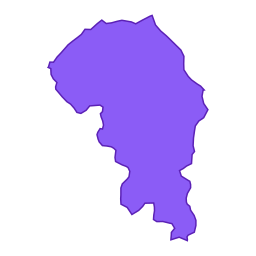 Anafotida, Larnaca, Cyprus (Robinson projection)
{"feature_id": "46923920B49620686054742", "entity_name": "Anafotida", "entity_type": "district", "adm_level": 2, "iso_a3": "CYP", "parent_name": "Cyprus", "parent_adm1": "Larnaca", "projection": "robinson", "projection_center": [33.461, 34.81], "detail": "fine", "context": "isolated", "style": "filled", "palette": "violet", "viewbox_px": 256, "rotation_deg": 0, "n_neighbors": 0, "source": "geoboundaries", "source_scale": "gbopen_adm2", "svg_char_len": 1744}
<svg xmlns="http://www.w3.org/2000/svg" viewBox="0 0 256 256"><path d="M204.2,90.0L200.6,86.1L197.2,84.0L191.5,79.9L188.2,76.4L183.9,69.8L183.7,63.7L183.9,56.3L180.9,50.1L175.6,44.9L168.3,37.7L166.2,35.7L160.7,31.0L155.5,25.0L152.1,15.4L150.0,16.2L143.0,19.8L135.7,23.8L131.3,21.9L121.9,20.3L117.2,21.3L111.3,22.9L106.2,23.5L101.8,20.1L97.3,23.6L90.8,29.5L85.0,29.3L81.4,34.4L77.5,37.5L73.1,40.8L68.2,44.7L61.1,52.8L57.2,56.9L53.5,62.2L49.9,62.1L48.5,66.9L48.1,67.4L50.8,68.6L51.1,74.5L53.3,78.8L56.9,82.5L55.6,86.9L55.8,89.2L58.6,92.5L62.2,96.8L66.9,101.7L70.6,104.1L74.2,108.2L76.9,112.4L80.9,113.4L86.1,110.3L89.7,105.9L100.0,105.1L103.0,107.1L102.5,111.6L100.4,113.7L101.1,116.8L102.7,120.9L103.5,125.1L102.5,129.0L100.1,128.6L97.8,132.3L97.0,134.7L98.1,139.1L99.2,141.9L102.4,145.6L106.8,146.0L111.3,146.8L113.7,148.2L115.9,150.3L115.0,157.5L115.6,161.5L122.2,164.9L126.0,166.3L128.0,167.5L129.8,171.3L129.0,176.8L127.2,179.1L122.3,183.9L120.9,188.0L120.9,195.0L120.7,198.9L121.0,204.2L127.2,207.4L131.9,214.5L138.8,210.3L142.7,206.4L144.9,203.2L153.7,203.0L154.4,207.0L154.5,210.8L153.8,215.1L153.5,219.5L156.8,221.6L162.9,221.5L169.9,223.2L171.9,223.6L174.7,228.3L171.4,232.4L171.3,234.8L171.0,238.5L170.9,239.5L170.9,239.8L175.9,238.2L179.2,237.2L187.3,240.6L187.4,239.4L187.0,236.8L188.2,235.1L194.3,232.2L195.9,225.5L195.9,220.3L194.1,215.4L190.6,210.2L189.8,206.3L187.2,204.1L186.4,202.2L186.2,198.1L187.4,193.4L190.6,187.8L190.6,184.5L189.8,181.3L188.2,180.4L181.3,176.1L179.5,170.6L183.3,168.5L186.6,166.0L191.5,163.6L192.1,154.5L194.5,151.5L193.1,145.7L193.5,137.9L194.5,130.9L195.3,126.0L198.8,121.0L203.7,117.7L207.9,109.7L203.7,103.5L202.0,96.3L203.1,90.2L204.2,90.0Z" fill="#8b5cf6" stroke="#5b21b6" stroke-width="1.5"/></svg>